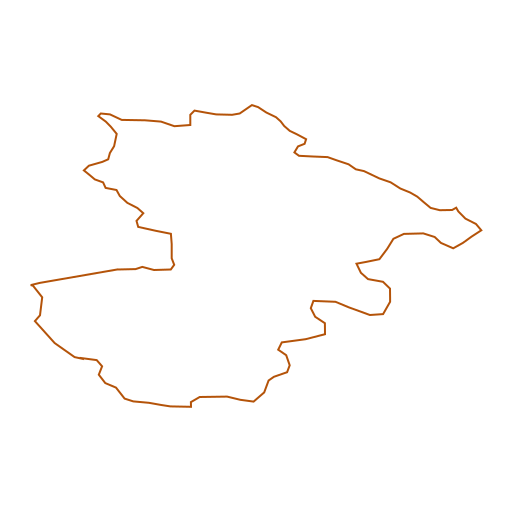 Östersund, Jämtland, Sweden
{"feature_id": "70781695B37612072070756", "entity_name": "Östersund", "entity_type": "district", "adm_level": 2, "iso_a3": "SWE", "parent_name": "Sweden", "parent_adm1": "Jämtland", "projection": "equal_earth", "projection_center": [14.922, 63.252], "detail": "fine", "context": "isolated", "style": "outline", "palette": "amber", "viewbox_px": 512, "rotation_deg": 0, "n_neighbors": 0, "source": "geoboundaries", "source_scale": "gbopen_adm2", "svg_char_len": 1814}
<svg xmlns="http://www.w3.org/2000/svg" viewBox="0 0 512 512"><path d="M251.9,105.1L239.7,113.5L232.1,114.8L216.2,114.4L206.2,112.7L194.5,110.6L190.3,114.8L190.3,125.0L174.4,126.2L161.0,121.6L145.1,120.3L121.7,119.9L110.0,114.4L100.8,113.5L98.3,116.1L105.8,121.6L110.8,126.7L116.7,133.9L114.1,146.2L109.9,153.0L108.2,159.3L102.3,161.9L88.9,165.7L83.9,170.4L89.7,175.1L94.8,179.4L103.1,182.4L105.6,187.9L116.5,190.0L119.8,196.0L127.4,202.9L137.4,208.0L143.3,213.2L136.5,220.9L138.2,226.9L155.8,230.8L170.9,233.8L171.7,244.1L171.7,258.3L174.2,264.8L170.8,269.5L154.0,270.0L142.3,266.9L135.6,269.1L130.9,269.2L117.9,269.5L117.7,269.4L39.8,282.9L30.7,285.1L33.0,285.7L42.2,297.3L40.0,315.3L34.9,321.1L54.7,343.1L74.6,357.1L82.0,358.7L81.6,358.1L96.7,360.1L102.1,366.3L98.8,374.7L105.3,383.1L116.0,387.6L124.6,398.6L133.3,401.4L148.9,402.8L161.3,405.0L170.4,406.4L191.0,406.8L190.9,402.1L199.7,397.0L227.1,396.6L240.3,399.8L253.6,401.6L264.2,392.4L268.6,380.5L273.9,376.8L287.1,372.2L289.7,365.3L286.2,355.2L278.2,349.7L281.8,342.4L305.6,339.2L325.0,334.2L324.9,323.2L315.2,316.8L310.8,308.2L313.4,300.9L335.5,301.8L348.7,307.3L369.9,315.0L383.1,314.1L390.1,301.8L390.1,298.0L390.0,288.6L383.0,281.8L368.0,279.1L360.9,272.8L356.5,263.7L366.2,261.9L379.4,259.2L387.2,248.8L393.4,238.8L403.9,233.9L423.3,233.4L434.7,237.0L440.9,242.9L453.2,248.3L462.9,242.9L471.6,236.6L481.3,230.3L476.0,224.0L465.4,218.6L458.3,211.4L456.2,207.7L452.1,210.0L439.8,210.2L430.6,207.9L423.4,201.9L417.2,196.6L410.1,192.5L400.3,188.5L390.6,182.3L379.3,178.4L364.0,171.1L355.8,169.3L348.6,164.3L336.3,160.2L327.6,157.1L312.8,156.5L299.0,155.8L294.4,152.4L298.0,146.4L304.6,143.8L306.1,139.2L296.9,134.3L289.8,130.9L284.2,126.0L280.6,121.3L276.0,117.2L266.3,112.5L258.1,107.1L251.9,105.1Z" fill="none" stroke="#b45309" stroke-width="2"/></svg>